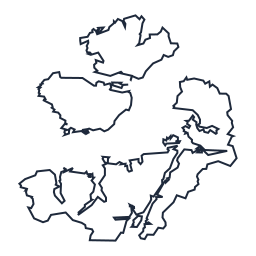 Hadsel nor, Nordland, Norway
{"feature_id": "86288312B40270143357623", "entity_name": "Hadsel nor", "entity_type": "district", "adm_level": 2, "iso_a3": "NOR", "parent_name": "Norway", "parent_adm1": "Nordland", "projection": "mercator", "projection_center": [15.018, 68.501], "detail": "fine", "context": "isolated", "style": "outline", "palette": "slate", "viewbox_px": 256, "rotation_deg": 0, "n_neighbors": 0, "source": "geoboundaries", "source_scale": "gbopen_adm2", "svg_char_len": 5806}
<svg xmlns="http://www.w3.org/2000/svg" viewBox="0 0 256 256"><path d="M89.8,240.2L115.5,240.6L121.0,232.6L123.2,232.9L126.5,221.0L128.8,218.8L115.5,219.7L114.0,217.6L129.4,216.9L131.9,212.9L131.3,207.8L132.0,206.5L128.9,206.3L130.5,206.1L129.8,204.7L134.0,206.8L134.1,209.0L133.1,207.1L132.6,209.0L136.4,214.7L143.4,212.3L150.0,202.0L151.2,199.4L150.8,195.7L153.6,196.6L162.3,184.0L162.1,180.0L163.4,179.0L164.9,172.9L169.9,168.3L173.4,159.0L177.4,152.9L177.3,150.6L173.5,149.2L177.6,145.7L167.8,147.9L167.5,149.2L168.8,150.3L167.6,152.4L143.7,154.1L141.6,155.7L142.5,161.7L140.6,164.1L138.5,161.9L138.5,159.0L129.7,160.4L131.1,163.6L130.3,164.8L131.9,170.6L129.1,171.6L127.6,169.9L127.1,165.8L125.2,166.1L125.6,163.7L121.0,164.3L122.0,163.3L119.5,162.0L116.1,164.3L107.8,163.3L108.0,158.6L109.1,157.3L102.8,156.8L103.4,157.5L102.6,158.8L104.7,162.3L107.3,163.3L102.8,165.3L104.9,168.4L104.9,175.2L99.2,183.6L101.9,187.8L101.5,190.3L106.0,197.6L106.0,201.1L104.1,201.8L97.8,196.9L91.7,205.1L78.0,215.0L79.1,213.4L78.6,212.4L84.9,206.8L84.8,204.9L92.3,199.7L91.0,199.3L90.5,194.6L93.3,191.7L94.9,184.5L91.6,180.5L94.0,177.6L92.8,177.5L92.4,173.8L88.9,176.1L91.4,177.0L88.9,176.9L88.5,175.9L89.5,174.1L87.4,174.2L86.5,171.7L84.6,173.5L70.2,171.5L72.9,168.0L64.4,171.9L65.8,169.2L63.4,167.7L64.6,168.7L64.5,170.9L61.3,172.0L60.0,177.0L60.4,180.0L59.4,180.8L61.0,183.8L60.6,193.1L64.6,200.8L61.9,203.3L54.9,195.6L53.9,192.1L54.3,189.1L59.4,186.5L55.7,184.7L56.4,183.0L54.9,174.6L49.7,170.0L37.0,171.4L35.3,175.3L25.1,179.1L19.4,183.7L21.0,185.5L20.7,187.2L26.7,188.8L25.8,190.1L26.7,189.8L26.0,192.1L26.9,195.4L32.0,196.9L31.5,197.7L32.7,198.7L33.5,204.0L31.2,208.1L28.3,207.5L34.1,218.4L43.0,222.2L47.8,220.6L51.0,214.9L65.7,212.5L72.8,220.1L81.6,222.8L85.2,225.0L85.8,228.1L92.0,229.3L93.2,231.6L90.6,235.5L89.8,240.2ZM165.7,225.5L165.5,222.3L162.5,217.5L162.9,212.6L173.5,202.3L176.8,195.3L185.5,198.3L188.2,191.8L194.6,189.6L195.0,187.0L198.5,184.1L197.6,181.3L198.4,179.7L197.0,176.6L197.6,174.3L202.7,169.0L206.3,168.9L207.4,164.4L218.2,161.2L230.3,166.0L236.6,158.2L232.7,146.1L228.0,144.7L231.8,136.6L233.2,136.1L227.7,134.1L233.1,127.3L231.8,122.8L232.2,120.9L227.6,115.2L227.2,112.2L231.0,109.1L228.6,96.0L226.2,93.7L219.7,93.6L217.3,88.1L212.5,84.6L209.9,86.7L209.3,81.4L205.2,83.7L203.3,80.6L194.1,78.5L187.2,79.8L186.4,77.4L183.7,81.2L179.9,82.0L180.2,87.2L182.0,91.6L177.5,96.1L176.8,102.7L173.4,105.9L174.2,106.7L173.6,108.0L192.7,110.2L197.7,114.9L200.0,119.6L199.9,123.4L198.1,124.7L199.4,126.6L206.8,128.0L212.1,125.9L218.4,129.0L216.4,130.4L216.7,133.2L215.8,133.8L210.2,130.1L208.1,132.8L204.3,131.9L203.5,129.4L199.5,131.0L197.4,128.3L196.2,124.6L196.5,122.2L192.8,119.6L194.1,117.1L192.8,115.5L189.0,120.7L186.2,120.9L187.7,121.9L187.1,123.9L190.1,125.9L188.9,128.0L185.5,126.1L182.5,127.8L184.1,129.7L183.7,131.1L185.9,132.1L185.2,133.6L187.6,132.9L188.5,136.6L192.0,139.8L191.8,141.8L192.9,143.2L200.3,145.6L204.8,150.0L227.2,150.9L208.2,155.0L199.3,146.5L196.5,148.7L201.9,149.8L201.9,152.5L197.6,152.4L199.8,150.5L198.7,149.4L192.6,152.9L191.5,150.1L184.3,149.4L177.7,158.2L177.1,160.5L179.0,163.6L177.6,167.6L170.2,172.4L169.6,177.7L167.3,178.3L168.8,179.7L166.0,182.4L165.9,180.4L164.8,181.2L157.0,194.6L162.6,197.0L156.1,197.1L156.6,199.1L152.6,203.6L146.6,218.3L147.5,219.4L145.7,221.0L146.0,223.2L148.5,222.3L150.6,223.9L144.5,224.1L144.9,227.4L143.4,228.4L143.2,231.3L139.2,235.3L140.8,238.3L144.7,239.1L147.3,234.6L153.5,234.8L158.3,227.7L163.2,228.5L165.7,225.5ZM59.2,72.1L53.0,73.2L48.2,79.2L44.4,79.9L42.0,82.7L42.7,83.6L40.4,84.4L41.0,85.4L38.2,87.3L40.2,87.7L38.5,89.2L39.3,90.4L38.7,92.9L39.8,93.7L38.6,95.9L44.1,96.6L45.5,99.2L44.0,99.6L43.7,100.4L51.9,104.4L52.7,107.2L51.8,107.8L54.5,109.6L53.2,111.6L58.2,112.6L60.4,115.3L60.1,117.9L65.4,120.6L65.2,123.1L67.4,124.4L64.7,124.0L61.3,128.1L67.3,129.9L64.8,130.5L64.4,132.5L65.6,134.0L64.8,134.9L68.9,133.5L69.1,129.2L70.9,127.8L74.6,129.5L73.1,132.2L81.8,131.0L82.3,131.7L85.6,134.0L83.2,129.8L86.9,129.2L85.9,131.3L87.3,132.5L86.1,132.6L86.3,133.8L88.6,132.5L87.1,129.5L89.1,128.6L93.1,130.3L100.1,128.7L104.3,131.3L108.1,129.7L114.2,124.1L114.5,121.1L119.1,115.1L126.0,109.6L128.8,110.3L131.0,105.1L131.7,97.8L130.2,92.8L128.5,92.0L129.0,91.1L122.2,92.5L110.4,89.9L109.9,89.5L111.2,87.5L110.4,83.9L109.9,83.4L104.4,84.9L103.7,82.6L98.7,81.3L96.4,82.8L96.0,85.7L94.0,85.7L82.5,78.0L61.3,77.8L60.2,77.0L59.2,72.1ZM141.5,16.3L139.5,19.2L135.5,15.4L124.1,18.8L123.6,20.8L125.4,23.8L125.0,27.1L122.3,21.1L117.9,19.0L115.1,22.6L113.9,21.3L113.9,23.2L109.4,27.0L108.4,30.0L97.2,34.2L96.4,32.2L99.9,32.1L103.5,27.5L98.1,27.9L98.8,28.9L97.6,29.9L98.6,30.2L96.9,31.8L93.5,29.0L92.2,30.2L92.6,32.2L89.9,32.9L87.6,36.8L80.2,38.0L80.2,40.6L80.7,44.1L88.1,40.8L88.3,42.8L86.7,46.0L87.5,48.0L86.5,50.3L87.2,52.3L89.9,52.5L90.9,53.6L88.8,54.1L90.8,54.8L98.2,52.6L103.5,60.9L103.0,62.6L95.8,60.1L96.4,62.8L94.1,64.8L94.3,67.7L97.3,70.7L94.8,72.0L110.3,75.9L121.0,71.8L121.5,72.3L120.0,73.1L131.9,75.8L130.7,79.8L130.8,79.9L132.0,76.0L138.5,78.8L142.8,77.5L145.8,71.3L153.1,63.4L161.4,59.7L163.7,55.0L168.2,56.9L172.9,55.2L174.0,51.3L178.4,47.0L177.3,43.5L170.9,43.3L168.6,36.4L168.7,33.4L162.5,27.6L160.8,31.6L157.4,34.4L149.7,34.5L150.0,38.0L145.4,39.7L143.4,43.5L137.5,45.2L139.2,43.2L140.6,35.1L139.7,34.1L141.0,32.4L142.5,23.3L144.4,19.6L141.5,16.3ZM173.2,135.2L170.6,138.5L170.5,136.1L168.1,138.8L167.0,137.7L166.3,140.5L163.4,139.3L163.2,142.6L165.2,145.4L166.3,143.6L179.0,143.0L179.9,141.2L175.5,141.6L177.9,140.4L177.9,137.4L173.2,135.2ZM138.2,215.9L133.3,220.3L133.8,222.3L132.6,224.7L133.3,225.1L131.6,226.8L136.9,227.0L141.3,220.3L141.9,216.4L138.2,215.9ZM121.0,82.7L112.2,82.5L112.7,84.4L111.7,85.0L121.5,88.0L122.8,85.0L128.2,84.6L122.6,84.8L120.0,83.6L121.0,82.7Z" fill="none" stroke="#1e293b" stroke-width="2"/></svg>